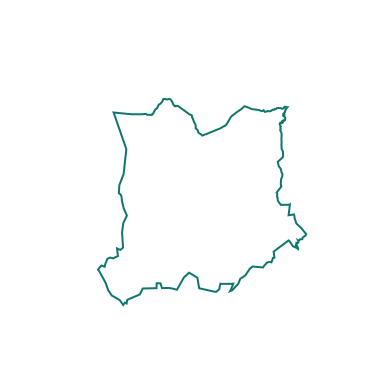 the district of Totontepec Villa de Morelos, Oaxaca, Mexico, rotated 141°
{"feature_id": "50627088B98422616932884", "entity_name": "Totontepec Villa de Morelos", "entity_type": "district", "adm_level": 2, "iso_a3": "MEX", "parent_name": "Mexico", "parent_adm1": "Oaxaca", "projection": "natural_earth1", "projection_center": [-96.062, 17.236], "detail": "fine", "context": "isolated", "style": "outline", "palette": "teal", "viewbox_px": 384, "rotation_deg": 141, "n_neighbors": 0, "source": "geoboundaries", "source_scale": "gbopen_adm2", "svg_char_len": 4588}
<svg xmlns="http://www.w3.org/2000/svg" viewBox="0 0 384 384"><g transform="rotate(141 192 192)"><path d="M224.7,91.0L222.6,90.3L213.9,91.5L212.1,92.5L209.1,94.2L203.0,93.6L195.4,96.0L194.2,96.0L191.9,96.0L184.2,88.6L182.7,89.2L178.1,89.9L176.1,89.0L175.3,88.5L174.5,87.3L170.6,89.8L169.8,89.2L169.3,89.1L166.1,94.3L147.5,93.6L147.4,93.3L147.2,92.9L147.7,86.3L146.5,84.0L145.8,82.4L145.4,81.2L145.4,80.9L145.1,81.1L145.2,81.6L145.5,82.6L145.2,82.4L144.9,82.9L144.6,82.7L144.3,83.6L144.4,84.5L144.4,84.8L144.7,85.0L144.0,85.3L144.3,85.6L143.3,86.3L142.8,86.5L142.7,86.7L141.9,86.0L141.7,85.8L141.1,85.9L140.6,86.2L140.2,87.5L140.1,87.1L139.6,87.2L138.9,87.1L138.2,87.3L137.7,86.9L136.9,86.6L136.3,86.3L136.2,86.1L135.8,86.2L135.7,86.1L135.2,86.5L134.8,86.8L134.6,87.0L133.7,86.8L133.3,86.8L132.7,86.9L132.3,86.8L132.0,86.8L131.5,86.7L131.0,86.7L130.5,87.1L129.8,87.3L129.8,94.9L130.7,101.8L130.2,103.3L129.3,105.4L129.2,106.2L127.6,108.8L126.8,110.4L131.6,113.1L123.9,120.6L124.0,120.6L131.0,126.0L130.9,126.8L131.1,128.0L130.9,129.1L130.9,130.1L130.9,130.5L130.5,131.6L129.7,133.1L129.0,133.7L128.8,134.2L128.9,134.7L128.4,135.4L127.7,136.1L126.7,137.3L126.7,138.2L125.3,138.6L119.1,140.0L119.1,140.6L118.4,141.6L117.8,142.5L116.6,143.8L115.5,145.1L114.4,146.1L112.4,147.1L111.4,147.9L110.3,149.2L110.1,151.0L109.4,151.9L109.2,153.0L108.4,154.2L108.4,157.4L106.3,161.5L100.0,161.8L98.6,162.6L95.9,166.1L95.3,169.0L92.6,172.6L90.8,174.6L90.0,175.9L86.0,180.5L85.6,181.1L85.0,182.5L84.8,184.1L84.3,184.7L84.0,184.7L83.6,184.9L83.7,185.3L83.0,185.9L82.6,186.8L81.7,187.1L81.5,188.9L80.8,189.9L80.0,190.2L79.7,189.4L79.2,189.2L78.5,189.8L78.0,188.8L77.6,188.9L77.7,189.5L77.5,190.1L77.1,190.4L76.7,190.4L75.7,189.4L75.4,189.4L75.4,189.7L74.7,190.2L74.4,190.2L74.1,189.6L73.4,190.3L72.7,191.4L72.8,192.5L73.2,193.7L73.0,194.2L72.5,194.4L71.6,193.8L71.2,194.1L71.2,194.6L71.6,195.3L70.5,195.4L70.0,195.7L69.6,195.6L69.1,195.7L68.6,196.5L67.2,197.0L66.2,197.7L64.9,197.7L64.5,197.8L65.1,198.3L65.5,199.1L66.0,199.8L66.7,200.0L67.4,199.6L68.3,199.3L69.1,199.7L69.8,200.3L69.9,200.9L70.4,201.4L71.7,202.6L72.8,203.6L73.3,203.7L73.7,203.8L74.6,203.6L75.6,204.1L75.7,204.4L76.1,204.4L76.5,204.4L76.8,204.4L77.4,205.1L78.1,205.3L79.2,205.2L80.5,205.6L81.5,206.3L82.1,207.2L83.9,207.8L84.5,208.3L85.0,208.5L84.9,210.5L86.0,210.5L86.9,210.9L87.8,212.5L88.5,213.7L89.6,214.9L92.7,218.1L93.5,218.9L94.7,221.6L97.2,225.6L99.1,225.5L101.6,225.4L105.1,225.7L108.8,225.9L110.9,225.9L113.0,226.0L114.3,225.9L114.9,225.7L115.6,225.5L116.5,225.1L117.4,224.8L117.7,224.7L118.9,224.2L120.8,223.5L122.4,223.0L123.6,222.5L125.3,222.9L126.8,223.2L128.1,223.4L129.9,223.6L133.1,224.6L135.4,225.3L136.8,225.7L138.4,226.2L140.7,226.9L142.1,227.3L145.0,228.2L146.0,228.6L148.4,229.3L148.9,231.7L149.6,233.7L149.4,234.8L148.8,235.9L148.7,237.4L148.9,238.0L149.0,239.3L147.3,241.3L147.1,242.0L146.5,243.9L146.5,244.5L146.1,246.0L145.8,246.4L145.7,246.9L145.6,247.7L145.2,248.2L145.2,248.7L145.0,249.2L145.1,249.7L144.7,250.1L144.3,250.8L144.0,251.6L144.0,252.0L144.2,252.3L144.3,252.7L145.1,253.9L148.8,267.8L150.4,269.2L150.6,269.0L150.8,268.9L151.3,269.6L151.6,270.8L151.4,271.4L151.4,271.9L151.3,272.1L151.3,272.5L151.1,272.9L151.0,273.5L150.7,273.8L150.6,274.3L150.7,275.5L150.4,275.9L150.4,276.8L150.4,277.5L151.1,278.7L152.9,279.5L153.8,280.3L154.8,281.6L155.1,282.0L156.1,282.2L157.1,281.4L159.3,280.7L160.7,280.5L162.2,280.6L162.5,280.7L162.7,280.8L162.9,280.7L163.2,280.7L163.8,280.3L164.6,280.1L164.9,279.7L165.6,279.5L166.0,279.2L166.7,279.3L167.3,279.1L168.8,279.2L169.7,278.8L170.0,278.6L170.8,278.4L171.4,278.0L171.7,277.9L171.9,277.8L172.4,277.7L172.8,277.6L173.1,277.4L173.5,277.2L173.9,277.5L174.4,277.2L175.5,277.9L178.3,280.3L178.6,281.7L182.0,283.9L183.8,285.4L190.2,290.6L202.9,303.1L213.9,272.6L216.1,266.6L233.8,249.0L244.1,243.1L249.6,237.1L249.1,234.8L249.6,232.9L251.9,229.4L255.2,222.7L257.5,214.6L264.8,211.2L271.8,204.6L279.8,193.3L280.5,192.3L282.3,192.0L284.2,192.2L285.8,195.3L289.9,188.8L293.8,189.8L295.0,190.0L296.8,192.5L299.9,193.3L304.7,190.6L306.9,188.9L308.7,191.9L313.7,190.9L314.0,190.6L313.9,188.7L316.4,175.5L318.9,168.4L319.5,162.1L316.2,153.5L316.6,147.5L313.7,148.2L313.0,146.5L310.1,149.0L297.0,145.2L291.4,147.9L291.0,148.0L280.1,139.6L276.9,143.3L274.0,140.9L275.8,136.2L270.6,132.2L268.6,130.1L265.2,125.5L252.0,130.7L245.0,131.1L241.8,122.0L247.0,112.7L237.3,100.4L236.3,99.4L235.6,99.1L233.9,99.3L232.0,99.3L231.6,99.6L228.5,102.2L227.7,102.9L226.8,102.0L219.6,96.1L217.6,94.8L221.8,92.4L224.1,91.2L224.7,91.0Z" fill="none" stroke="#0f766e" stroke-width="2"/></g></svg>